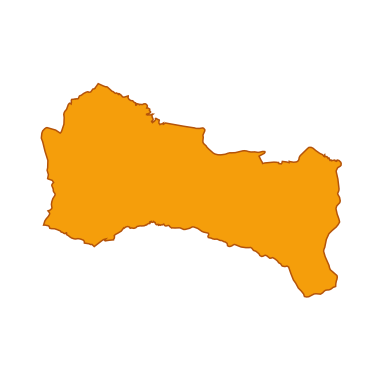 Mehadia, Caras-Severin, Romania, rotated 261°
{"feature_id": "2599482B25799438590169", "entity_name": "Mehadia", "entity_type": "district", "adm_level": 2, "iso_a3": "ROU", "parent_name": "Romania", "parent_adm1": "Caras-Severin", "projection": "albers", "projection_center": [22.39, 44.919], "detail": "fine", "context": "isolated", "style": "filled", "palette": "amber", "viewbox_px": 384, "rotation_deg": 261, "n_neighbors": 0, "source": "geoboundaries", "source_scale": "gbopen_adm2", "svg_char_len": 6013}
<svg xmlns="http://www.w3.org/2000/svg" viewBox="0 0 384 384"><g transform="rotate(261 192 192)"><path d="M205.4,299.8L205.5,297.1L206.6,293.7L207.1,292.8L205.8,292.5L206.9,290.0L208.1,286.0L206.5,285.3L205.8,284.5L206.5,282.2L207.6,282.1L207.6,281.5L208.1,280.3L208.7,277.5L209.3,268.5L209.1,266.2L210.8,265.9L212.0,265.3L216.9,263.8L218.9,269.5L219.8,270.3L220.5,270.3L220.7,269.7L221.0,268.0L220.7,264.4L220.9,263.0L221.8,260.3L222.3,256.4L223.2,253.9L224.0,252.3L224.6,250.1L224.7,248.5L224.1,241.0L224.5,237.1L224.8,235.5L224.6,233.3L224.1,230.8L224.2,226.2L224.7,223.5L225.8,220.9L227.0,219.2L231.6,215.4L233.8,213.8L235.3,213.2L237.7,211.3L239.2,210.6L240.7,210.7L244.4,211.7L245.7,211.6L246.8,211.9L250.4,214.2L251.6,214.4L253.2,213.4L253.6,212.6L253.6,209.3L254.2,205.9L254.9,204.5L258.2,194.2L264.3,176.6L263.4,174.3L263.9,174.2L264.6,174.5L264.0,173.0L264.0,171.4L263.6,170.9L265.1,170.1L266.9,170.4L267.7,170.9L268.4,170.8L268.9,169.9L269.0,169.3L269.8,168.8L270.4,167.8L270.3,167.4L269.4,167.4L268.8,167.0L267.7,165.8L267.3,164.8L267.5,164.1L266.9,164.1L266.7,163.8L267.9,163.1L268.5,163.6L268.7,164.4L269.9,165.0L271.3,164.7L271.5,164.5L273.9,164.3L274.7,165.1L275.0,165.7L275.2,165.0L274.6,163.6L274.7,162.7L275.0,161.3L275.0,160.2L275.4,160.0L275.5,159.2L276.0,159.3L276.5,162.4L276.9,163.2L277.4,163.6L277.9,163.6L278.4,163.1L279.3,162.7L279.7,163.1L280.5,163.2L281.8,161.7L282.0,160.4L282.9,160.9L284.0,161.4L285.3,160.9L286.3,160.0L286.6,158.6L286.5,157.7L286.2,157.2L286.2,156.4L286.8,153.9L286.5,153.6L287.1,153.2L287.9,151.3L287.8,151.1L286.9,151.0L286.5,150.5L286.5,150.1L288.9,150.2L289.4,149.1L291.4,147.7L291.9,145.9L293.2,144.4L295.3,143.5L296.0,143.9L296.9,144.0L296.3,140.0L296.5,138.9L297.0,138.1L298.5,137.4L300.2,135.8L300.2,135.3L299.7,135.0L299.7,134.8L299.8,134.6L300.6,135.0L300.9,133.8L301.6,133.0L301.4,131.7L303.5,129.8L304.0,128.8L308.7,125.0L309.2,124.4L309.5,123.0L310.5,121.2L313.7,116.3L310.9,113.6L310.2,112.7L309.6,112.6L309.2,111.7L309.2,110.2L306.8,107.8L306.6,107.3L306.6,105.7L307.2,105.1L307.3,104.3L307.1,102.9L306.2,100.2L304.7,97.5L304.8,96.9L304.4,95.8L302.1,94.3L301.9,93.6L302.2,91.8L301.9,91.2L302.2,90.8L302.1,88.9L302.3,87.8L302.1,87.5L301.3,87.1L299.3,86.9L297.8,86.4L298.9,85.3L298.6,84.5L297.7,83.5L293.2,81.0L291.9,79.4L290.6,78.3L288.8,77.5L285.5,77.4L279.0,76.1L272.6,72.8L271.5,72.0L270.8,71.0L274.5,67.0L278.2,59.1L278.3,58.1L277.5,56.4L275.7,54.1L273.6,52.9L268.8,51.6L264.8,52.4L255.1,53.2L245.7,54.6L238.4,53.2L236.2,52.3L231.6,52.9L227.8,51.5L227.3,52.1L225.4,55.7L223.4,56.7L223.0,56.8L222.3,55.7L220.8,54.6L220.0,54.6L216.7,55.4L215.2,55.2L214.0,55.3L211.8,56.4L211.0,56.4L210.0,56.0L207.2,53.5L204.5,52.1L201.8,51.2L198.4,51.2L197.5,50.8L196.3,48.9L195.9,46.8L194.0,47.9L193.0,48.1L192.1,47.7L190.4,46.3L188.4,43.9L186.4,42.1L182.5,40.2L182.2,42.0L181.4,44.0L181.2,44.7L180.4,45.5L178.4,45.9L177.8,47.4L177.2,50.5L175.9,53.0L174.1,55.9L172.9,56.5L172.3,58.0L171.5,58.7L170.9,59.5L170.8,60.4L171.2,60.9L171.4,62.3L170.9,61.5L169.5,61.5L168.1,63.2L167.0,64.1L165.4,65.9L164.2,68.2L163.8,69.6L163.8,72.1L163.1,74.2L162.5,75.4L161.3,77.3L160.0,77.9L158.4,77.7L157.0,82.1L155.9,83.8L155.9,85.0L153.4,86.9L158.1,95.5L158.9,97.3L159.1,99.5L158.0,98.1L157.3,98.6L157.3,102.7L157.0,107.0L157.4,107.1L158.7,108.1L160.0,108.5L160.9,108.3L161.3,108.6L162.2,110.1L163.0,112.5L164.5,116.1L167.2,118.9L166.8,119.2L167.8,121.1L168.0,123.0L167.5,124.1L166.8,125.0L166.3,124.9L165.8,125.8L166.0,126.5L165.2,128.9L165.5,130.9L166.5,132.3L166.7,135.4L166.4,136.5L166.1,139.5L166.6,141.1L166.4,141.3L166.7,141.8L166.7,142.3L167.1,142.6L167.5,143.7L167.7,144.7L167.4,145.3L167.7,145.6L168.5,145.4L169.0,145.6L169.2,146.0L169.3,147.2L168.6,146.9L168.7,147.4L168.2,148.3L168.3,149.0L168.9,149.5L167.9,150.3L167.6,150.9L166.7,150.8L165.4,151.6L165.1,152.3L165.4,153.1L165.2,153.9L164.3,153.8L164.3,154.2L164.8,154.5L164.7,155.2L164.1,155.6L164.3,156.7L164.4,157.0L164.5,157.4L164.2,157.7L164.7,159.1L163.2,159.7L162.5,160.9L162.7,163.4L162.4,164.1L161.1,164.8L159.6,166.3L159.7,166.8L159.1,169.6L158.7,173.2L158.4,174.7L156.3,177.9L156.1,179.3L156.5,183.9L157.5,186.8L157.2,188.3L155.1,192.0L151.5,195.7L150.5,197.4L149.0,201.2L148.5,201.8L147.2,201.8L145.8,200.8L144.5,201.0L143.4,203.8L142.5,205.1L141.8,207.0L141.7,208.4L141.4,209.7L139.8,212.1L139.3,214.0L137.9,215.8L137.4,217.1L135.7,218.7L133.4,218.7L132.6,219.7L132.3,220.6L132.3,221.7L132.8,223.5L133.5,224.9L133.5,226.0L130.0,231.9L128.6,236.5L128.1,239.9L128.1,241.1L127.1,242.3L124.7,243.6L123.5,245.8L120.6,248.4L118.7,249.1L118.2,249.6L117.4,250.8L117.5,252.2L118.0,253.8L118.0,254.8L117.2,256.0L114.5,258.4L114.3,259.5L114.6,261.3L114.0,262.2L112.5,263.9L110.4,265.7L108.6,266.5L107.2,268.3L105.0,269.3L104.6,269.9L103.9,271.7L103.8,272.9L104.0,274.1L103.6,274.8L102.7,275.7L96.0,276.9L89.3,278.4L85.7,280.2L80.5,282.0L77.0,284.5L73.8,286.3L71.2,286.7L70.4,288.8L70.3,291.0L72.2,296.7L72.1,298.6L71.0,303.0L72.0,305.3L73.1,306.7L74.0,308.3L74.1,310.0L73.9,311.7L74.1,313.1L74.6,314.5L75.7,316.4L76.2,319.1L79.0,319.7L81.7,320.7L83.1,321.5L85.3,322.2L86.8,322.1L93.5,316.5L95.4,316.0L98.2,315.8L107.3,313.4L112.7,312.7L114.3,313.1L116.7,314.5L124.2,317.3L129.4,320.7L132.0,324.3L134.8,328.9L136.8,331.1L139.1,333.0L139.9,333.1L142.9,332.8L147.5,331.9L152.6,331.6L153.4,331.7L155.6,332.8L158.4,336.3L160.0,337.0L163.5,336.9L167.1,335.6L167.9,335.7L170.3,337.2L172.0,337.7L181.9,338.1L189.7,337.6L190.7,337.9L193.2,339.7L194.4,342.6L195.1,343.4L196.8,343.8L198.1,343.6L200.1,342.1L200.8,340.7L200.8,340.3L199.9,339.9L199.8,339.7L200.3,339.5L200.1,338.7L200.8,338.2L200.8,337.9L201.2,337.9L201.1,334.5L201.9,334.3L201.7,333.2L204.1,332.6L203.8,331.7L204.6,331.4L204.7,331.6L205.9,330.7L205.8,330.1L206.3,329.5L206.0,328.6L206.5,328.0L207.7,328.9L208.0,328.9L207.0,327.7L208.5,326.7L210.1,324.3L213.6,320.7L216.2,318.5L217.4,316.8L217.7,315.2L217.7,314.3L216.8,312.8L211.0,304.6L209.5,303.4L207.1,302.5L206.1,301.5L205.8,301.2L205.4,299.8Z" fill="#f59e0b" stroke="#b45309" stroke-width="1.5"/></g></svg>